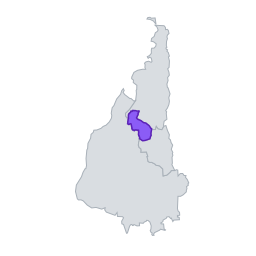 Paraguay shown with its bordering countries, rotated 176°
{"feature_id": "PRY", "entity_name": "Paraguay", "entity_type": "country or territory", "adm_level": 0, "iso_a3": "PRY", "parent_name": "South America", "parent_adm1": "", "projection": "equal_earth", "projection_center": [-57.583, -23.42], "detail": "fine", "context": "with_neighbors", "style": "filled", "palette": "violet", "viewbox_px": 256, "rotation_deg": 176, "n_neighbors": 3, "source": "natural_earth", "source_scale": "50m", "svg_char_len": 6756}
<svg xmlns="http://www.w3.org/2000/svg" viewBox="0 0 256 256"><g transform="rotate(176 128 128)"><path d="M92.8,229.4L95.1,232.9L98.2,234.7L101.5,235.4L100.5,236.8L98.4,236.9L97.1,235.9L93.3,235.9L92.8,229.4ZM118.5,154.9L117.2,161.5L117.2,165.1L116.6,165.8L116.2,170.0L119.6,173.0L119.2,175.4L120.9,176.9L120.7,178.6L118.2,183.1L114.4,184.9L109.2,185.6L106.3,185.3L106.9,187.3L106.5,189.8L107.0,191.5L105.5,192.7L102.8,193.2L100.3,191.9L99.4,192.8L99.9,196.1L101.6,197.1L103.0,196.1L103.8,197.8L101.5,198.8L99.5,200.9L99.3,204.2L98.8,205.9L96.4,205.9L94.6,207.6L94.0,210.0L96.6,212.3L98.9,212.9L98.2,215.7L95.5,217.5L94.1,221.1L92.0,222.3L91.1,223.7L92.1,226.8L93.8,228.6L84.9,227.5L83.7,225.8L83.6,223.5L82.0,223.7L81.0,222.6L80.5,219.4L82.2,218.0L82.8,216.1L82.4,214.5L83.5,211.8L84.0,207.6L83.6,205.7L84.6,205.1L84.3,203.9L83.1,203.2L83.8,201.8L82.6,200.6L81.7,196.8L82.7,196.1L82.0,192.0L82.8,185.6L84.3,184.3L83.3,181.0L83.1,177.8L85.0,175.5L84.7,172.6L86.1,169.1L85.9,165.9L85.2,165.2L83.7,159.1L85.2,155.4L84.8,151.8L85.6,148.5L87.3,145.1L89.2,142.8L88.3,141.4L88.8,140.2L88.6,134.0L91.5,132.2L92.4,128.3L92.0,127.3L94.3,123.9L98.0,124.9L99.7,127.6L100.7,124.5L103.9,124.7L109.6,131.6L111.9,132.2L115.3,134.9L118.1,136.4L118.5,138.0L115.8,143.6L121.7,145.2L123.9,144.6L126.4,141.8L126.8,138.5L128.2,137.8L129.6,139.9L129.5,142.9L125.3,146.4L118.5,154.9Z" fill="#d9dde1" stroke="#a8b0b8" stroke-width="1"/><path d="M129.9,167.6L129.2,165.6L130.4,163.9L128.9,161.5L124.0,157.2L123.0,157.3L120.3,154.5L118.5,154.9L125.3,146.4L129.5,142.9L129.6,139.9L128.2,137.8L126.8,138.5L127.8,134.2L127.8,132.1L126.8,131.5L125.8,132.1L124.7,131.9L124.2,127.0L123.7,125.9L121.8,124.9L120.6,125.6L117.7,124.9L117.9,119.8L117.0,117.7L117.9,116.9L117.6,114.7L118.4,113.1L118.9,110.1L118.2,107.7L116.7,106.6L116.4,105.1L116.8,102.9L111.3,102.8L110.2,98.3L111.0,98.2L110.3,93.2L108.6,92.1L106.8,92.1L103.7,90.2L102.5,88.8L99.3,88.1L96.2,84.7L96.3,77.7L92.5,78.3L88.5,81.4L87.9,82.5L84.3,82.3L82.6,83.0L81.3,82.5L81.4,76.6L79.1,78.9L76.6,78.8L75.4,76.7L73.5,76.5L74.1,74.8L72.5,72.5L71.2,69.0L72.0,68.3L71.9,66.6L73.7,65.5L73.4,63.4L74.1,62.0L74.3,60.2L77.6,57.5L80.3,56.2L82.9,56.4L84.3,44.0L83.8,41.7L82.5,40.3L82.5,37.5L84.2,36.8L84.8,37.2L84.9,35.7L83.2,35.3L83.1,32.9L88.8,32.9L89.8,31.6L91.1,35.1L91.7,34.7L93.3,36.7L95.5,36.5L96.1,35.3L99.4,33.7L99.8,32.1L101.9,31.0L101.7,30.1L99.2,29.8L99.0,24.7L97.7,23.7L98.2,23.3L102.7,24.8L103.5,23.9L108.8,21.8L109.9,20.3L109.5,19.2L111.0,19.1L111.7,20.0L111.3,21.7L112.3,22.3L113.0,24.1L112.2,25.5L111.7,28.8L112.7,32.6L114.5,34.4L115.9,34.6L116.2,33.8L118.4,33.0L119.4,31.9L123.3,32.5L123.3,29.7L125.9,29.7L128.8,31.3L129.7,30.3L130.4,30.4L130.8,31.5L132.2,31.3L133.3,29.8L135.9,23.3L136.8,23.1L139.2,32.1L140.8,32.8L140.8,35.5L138.7,38.7L139.6,39.9L144.7,40.5L144.8,44.4L147.0,41.8L155.5,45.6L156.9,47.9L156.4,50.1L159.8,48.9L165.4,51.0L169.8,50.8L174.1,54.0L177.7,58.4L179.9,59.6L182.4,59.7L183.5,60.9L184.8,68.3L183.5,74.7L177.8,82.6L175.9,87.0L173.6,90.4L172.9,90.4L172.0,93.3L172.0,100.5L170.6,108.9L169.7,110.4L169.0,115.5L166.0,120.4L165.3,124.3L163.0,126.0L162.2,128.2L159.2,128.2L154.8,129.6L152.7,131.3L149.6,132.4L146.2,135.4L143.8,139.0L143.3,141.8L143.7,143.8L142.4,149.3L140.5,151.3L137.3,157.7L133.0,162.2L131.7,165.6L129.9,167.6Z" fill="#d9dde1" stroke="#a8b0b8" stroke-width="1"/><path d="M84.3,82.3L87.9,82.5L88.5,81.4L92.5,78.3L96.3,77.7L96.2,84.7L99.3,88.1L102.5,88.8L103.7,90.2L106.8,92.1L108.6,92.1L110.3,93.2L111.0,98.2L110.2,98.3L111.3,102.8L116.8,102.9L116.4,105.1L116.7,106.6L118.2,107.7L118.9,110.1L118.4,113.1L117.6,114.7L117.9,116.9L117.0,117.7L117.0,116.5L114.3,114.6L111.7,114.5L106.8,115.6L105.5,119.0L105.4,121.0L104.4,125.5L103.9,124.7L100.7,124.5L99.7,127.6L98.0,124.9L94.3,123.9L92.0,127.3L90.0,127.8L88.8,122.7L87.2,118.4L88.0,114.8L86.5,113.2L86.0,110.4L84.6,107.8L86.3,103.7L85.0,100.5L85.6,99.2L85.1,97.8L86.1,95.8L86.2,89.8L86.8,88.5L84.3,82.3Z" fill="#d9dde1" stroke="#a8b0b8" stroke-width="1"/><path d="M117.0,117.6L117.1,117.9L117.1,118.1L117.2,118.3L117.3,118.5L117.5,118.8L117.5,119.0L117.5,119.3L117.5,119.5L117.8,119.8L117.7,120.0L117.8,120.1L117.8,120.3L117.9,120.5L118.0,120.8L118.0,121.3L117.9,121.6L117.8,121.8L117.8,122.1L117.8,122.4L117.6,122.7L117.7,122.9L117.7,123.0L117.7,123.4L117.7,123.6L117.7,123.8L117.6,124.0L117.6,124.4L117.6,124.6L117.6,125.0L117.8,125.1L118.0,125.1L118.3,124.9L118.5,125.1L119.0,125.3L119.4,125.4L119.6,125.3L119.9,125.4L120.2,125.5L120.5,125.6L120.9,125.5L121.1,125.4L121.3,125.4L121.5,125.2L121.8,124.9L122.0,124.9L122.1,125.2L122.3,125.4L122.4,125.6L122.6,125.6L122.9,125.6L123.1,125.6L123.4,125.7L123.5,125.7L123.7,125.9L123.8,126.1L123.8,126.5L123.9,126.8L124.1,126.9L124.2,127.1L124.1,127.3L124.1,127.6L124.1,127.9L124.1,128.2L124.1,128.4L124.2,128.7L124.3,128.9L124.3,129.3L124.3,129.5L124.4,129.9L124.4,130.0L124.4,130.3L124.4,130.5L124.6,130.9L124.6,131.3L124.6,131.6L124.7,131.9L124.8,132.0L125.1,132.1L125.3,132.1L125.6,132.0L125.9,132.0L126.1,131.9L126.4,131.6L126.6,131.5L126.8,131.4L127.2,131.5L127.4,131.7L127.6,131.9L128.0,132.2L127.9,132.3L127.8,132.5L127.8,132.8L127.8,133.2L127.8,134.0L127.5,135.3L127.3,136.0L127.3,136.6L126.9,137.4L126.9,137.9L126.8,139.5L126.7,140.6L126.5,141.5L126.3,141.9L126.1,141.9L126.0,142.1L125.9,142.3L125.7,142.5L125.4,142.8L125.2,143.0L124.8,143.1L124.6,143.2L124.5,143.4L124.4,143.6L124.2,143.7L124.1,143.9L124.1,144.2L124.0,144.5L123.8,144.7L123.6,144.7L123.4,144.5L123.1,144.4L122.8,144.3L122.6,144.4L122.4,144.5L122.2,144.8L122.0,145.2L121.8,145.2L121.6,145.0L121.4,144.9L121.0,145.0L120.8,145.0L120.6,144.8L120.3,144.8L120.0,144.9L119.2,144.8L118.0,144.3L117.1,144.2L115.9,144.3L115.8,143.9L115.8,143.7L116.0,143.5L116.1,143.3L116.2,143.1L116.3,142.9L116.5,142.8L116.6,142.7L116.6,142.4L116.8,142.3L116.8,142.2L116.9,141.9L117.0,141.8L117.0,141.7L116.9,141.2L117.0,140.9L117.0,140.6L117.1,140.4L117.2,140.2L117.3,140.0L117.7,139.7L117.8,139.5L117.8,139.4L117.9,139.1L118.1,138.7L118.2,138.4L118.3,138.3L118.5,138.0L118.7,137.8L118.7,137.5L118.7,137.3L118.5,137.0L118.0,136.3L117.6,136.0L117.1,135.7L116.8,135.6L116.7,135.7L116.3,135.4L116.1,135.2L115.5,135.0L114.2,134.2L113.7,133.7L113.0,133.1L112.2,132.4L111.6,132.1L111.2,132.1L110.5,131.9L109.6,131.5L109.0,131.1L108.9,130.8L108.6,130.4L108.0,130.0L107.7,129.8L107.7,129.7L107.2,129.3L106.9,129.0L106.5,128.5L106.1,127.8L105.7,126.9L105.3,126.2L104.8,125.9L104.5,125.7L104.5,125.4L104.7,124.5L104.9,123.5L105.2,122.4L105.5,121.0L105.5,120.1L105.4,119.1L105.9,118.3L106.2,117.8L106.4,117.2L106.7,116.3L106.9,115.7L107.6,115.5L108.7,115.2L109.3,115.0L110.6,114.7L111.8,114.4L113.1,114.3L114.4,114.3L115.4,115.1L116.1,115.7L117.0,116.3L117.0,116.5L117.1,117.0L117.0,117.6Z" fill="#8b5cf6" stroke="#5b21b6" stroke-width="1.5"/></g></svg>